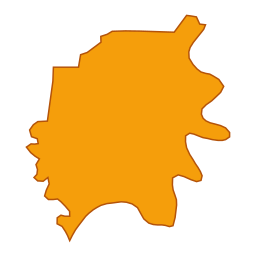 São Carlos, Santa Catarina, Brazil (Natural Earth projection)
{"feature_id": "56859067B22531693326931", "entity_name": "São Carlos", "entity_type": "district", "adm_level": 2, "iso_a3": "BRA", "parent_name": "Brazil", "parent_adm1": "Santa Catarina", "projection": "natural_earth1", "projection_center": [-53.023, -27.032], "detail": "fine", "context": "isolated", "style": "filled", "palette": "amber", "viewbox_px": 256, "rotation_deg": 0, "n_neighbors": 0, "source": "geoboundaries", "source_scale": "gbopen_adm2", "svg_char_len": 1749}
<svg xmlns="http://www.w3.org/2000/svg" viewBox="0 0 256 256"><path d="M205.5,24.8L199.7,24.1L196.4,16.9L191.2,16.0L186.6,15.4L174.2,32.2L170.5,32.1L139.3,31.1L125.4,30.9L112.2,31.3L107.2,34.3L100.8,36.4L101.0,42.2L87.2,52.5L80.6,54.7L78.5,67.2L53.4,67.2L52.9,81.1L47.4,121.1L37.8,121.6L33.4,124.7L29.6,130.0L31.5,136.7L37.3,138.7L38.2,143.6L34.6,144.1L31.0,143.9L26.4,147.1L30.7,152.6L35.2,156.3L39.4,158.9L36.0,164.6L37.5,169.6L36.9,174.4L34.0,177.5L37.7,180.9L43.2,181.2L47.9,177.5L49.2,183.9L46.3,190.2L44.6,196.0L48.4,199.5L53.2,199.5L57.6,199.0L60.9,201.7L65.4,206.3L69.6,211.3L69.7,216.2L64.8,216.2L60.9,215.2L57.2,217.8L57.1,223.8L62.1,226.4L65.5,231.6L67.6,235.6L69.7,240.6L72.3,235.4L75.5,229.8L78.4,225.8L82.0,221.1L85.6,216.4L88.8,213.3L93.3,209.7L97.2,207.3L101.0,205.3L106.8,203.6L112.9,202.9L117.3,202.3L121.2,201.8L126.4,202.2L132.1,203.9L137.5,207.6L140.7,213.4L143.8,218.9L148.8,223.1L153.2,224.5L157.3,224.9L161.8,224.9L165.4,225.4L169.5,226.6L173.0,225.7L175.1,217.5L175.8,211.7L176.6,205.0L176.4,199.7L175.1,195.7L173.1,189.9L172.4,184.9L172.6,177.9L178.2,174.9L184.1,176.6L191.0,179.7L196.6,181.6L201.0,180.4L202.1,175.8L200.4,171.6L198.0,167.5L195.4,163.7L192.8,159.3L189.7,154.5L186.6,147.8L185.5,141.8L185.6,135.8L189.7,133.2L193.9,134.1L198.7,136.0L202.9,137.6L207.8,138.5L212.3,139.6L218.1,140.4L222.3,140.4L225.6,139.6L229.6,136.9L229.6,132.5L225.6,127.9L220.6,125.6L215.6,124.2L210.1,122.8L206.0,120.9L203.1,118.3L201.4,114.2L202.0,108.9L206.2,104.7L211.7,100.8L215.8,97.0L220.6,92.4L223.7,86.4L218.8,79.4L213.2,76.0L209.7,74.1L205.7,73.4L201.0,72.0L197.2,69.1L193.0,64.5L189.1,58.1L188.8,51.9L190.1,47.5L193.3,42.4L198.3,36.1L201.3,32.4L203.7,29.3L205.5,24.8Z" fill="#f59e0b" stroke="#b45309" stroke-width="1.5"/></svg>